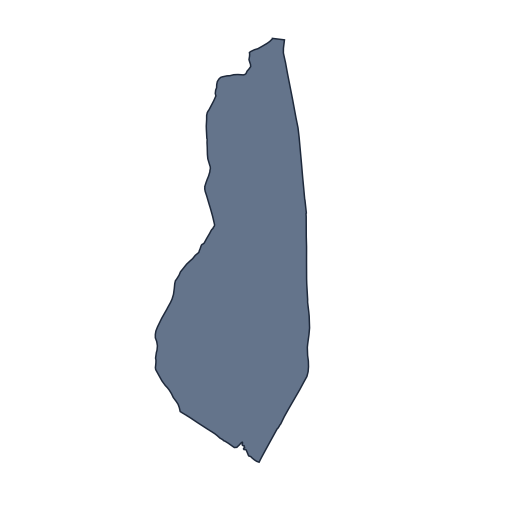 outline of Margina, Timis, Romania, rotated 232°
{"feature_id": "2599482B95683361390026", "entity_name": "Margina", "entity_type": "district", "adm_level": 2, "iso_a3": "ROU", "parent_name": "Romania", "parent_adm1": "Timis", "projection": "equal_earth", "projection_center": [22.386, 45.873], "detail": "fine", "context": "isolated", "style": "filled", "palette": "slate", "viewbox_px": 512, "rotation_deg": 232, "n_neighbors": 0, "source": "geoboundaries", "source_scale": "gbopen_adm2", "svg_char_len": 2781}
<svg xmlns="http://www.w3.org/2000/svg" viewBox="0 0 512 512"><g transform="rotate(232 256 256)"><path d="M408.8,411.5L417.4,402.9L417.0,402.5L416.6,399.0L416.7,395.9L417.6,389.1L418.2,385.1L419.5,381.8L420.4,377.7L420.4,376.1L418.9,375.2L417.4,373.9L415.1,371.4L413.4,370.7L410.3,369.6L408.5,368.4L407.6,365.2L407.2,362.9L405.9,360.4L405.9,359.0L406.5,357.5L407.8,356.1L410.2,353.4L412.6,350.0L414.1,346.5L415.8,344.1L417.9,339.8L418.5,338.1L418.3,335.8L417.3,333.0L415.3,330.6L412.8,328.5L411.6,326.4L409.2,324.0L406.8,322.9L404.3,318.2L400.1,308.9L399.7,307.5L399.0,305.9L397.2,303.7L393.8,301.0L389.0,296.8L386.7,295.1L379.0,289.7L378.2,289.5L375.5,287.2L371.8,284.6L365.9,280.2L362.3,277.9L356.2,275.5L354.5,274.9L352.9,273.8L351.9,272.5L350.7,271.4L348.1,267.7L346.3,264.5L344.4,261.5L342.1,258.2L341.8,258.1L340.4,256.9L338.1,255.7L333.6,254.1L325.3,250.8L322.1,249.6L314.1,246.3L307.6,243.3L306.0,242.5L305.1,241.4L304.8,239.9L304.2,239.1L304.1,237.5L303.6,236.1L302.4,233.5L300.1,227.7L298.1,223.1L298.1,221.7L298.3,220.7L298.2,219.8L297.6,218.7L296.0,216.3L295.2,214.8L294.2,213.4L294.0,212.6L293.9,208.5L292.9,204.4L292.7,200.8L292.3,196.4L290.0,186.7L288.2,183.5L286.5,178.8L286.2,177.4L284.3,175.0L280.7,171.6L276.6,167.4L273.7,163.3L272.0,160.0L269.7,154.6L269.0,153.1L265.0,143.4L260.8,134.8L258.5,130.9L256.2,128.4L253.5,126.3L249.7,125.1L245.9,123.0L242.7,120.0L241.4,118.2L237.4,114.0L235.6,113.1L233.5,111.4L231.5,109.5L230.0,108.0L228.2,107.0L215.6,105.0L209.8,104.8L206.8,105.1L203.8,105.1L199.4,104.6L195.4,103.7L190.4,103.6L187.1,103.3L183.7,102.2L180.1,100.5L177.1,101.6L169.9,104.3L160.8,107.3L149.8,111.1L141.4,114.1L138.6,114.8L134.6,115.5L132.2,116.5L131.2,116.8L130.7,116.7L129.8,117.1L129.3,117.5L125.5,118.9L121.4,120.1L118.4,121.0L117.0,123.1L117.2,124.5L117.4,126.6L117.7,128.2L117.9,129.5L117.8,130.5L117.6,130.6L117.2,130.5L116.4,129.7L115.9,128.9L115.5,128.8L114.8,128.9L114.2,129.6L113.9,129.8L113.6,129.6L113.1,129.3L112.2,129.2L112.0,128.7L112.1,128.1L111.7,127.4L110.8,127.4L109.9,128.6L109.2,128.8L107.5,128.4L103.7,127.3L102.9,127.2L102.2,127.7L101.1,128.4L99.7,128.5L96.4,129.2L93.8,130.1L91.6,131.5L93.0,134.4L94.4,137.5L100.2,150.9L106.7,166.1L106.9,167.7L108.3,171.2L108.4,172.0L110.3,175.9L112.1,179.6L115.5,187.7L123.8,208.3L127.2,216.0L129.7,221.9L132.7,225.8L136.4,229.2L141.0,232.6L145.8,235.4L152.4,240.2L155.0,242.7L161.4,249.3L166.3,253.9L175.9,260.9L179.2,263.0L187.8,268.2L189.9,269.9L202.9,278.9L206.7,281.7L220.4,292.3L232.0,301.4L240.4,307.6L256.0,319.7L258.6,321.5L258.8,322.1L270.1,329.1L270.4,329.1L281.1,336.0L289.1,341.1L300.9,348.8L322.9,363.0L331.1,368.0L340.3,372.6L357.2,381.4L380.1,393.0L390.2,398.3L398.2,402.1L399.3,402.7L402.8,405.5L408.8,411.5Z" fill="#64748b" stroke="#1e293b" stroke-width="1.5"/></g></svg>